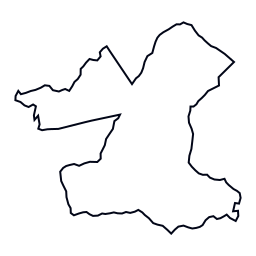 Mucambo, Ceará, Brazil (Equal Earth projection)
{"feature_id": "56859067B98065273797307", "entity_name": "Mucambo", "entity_type": "district", "adm_level": 2, "iso_a3": "BRA", "parent_name": "Brazil", "parent_adm1": "Ceará", "projection": "equal_earth", "projection_center": [-40.762, -3.894], "detail": "fine", "context": "isolated", "style": "outline", "palette": "ink", "viewbox_px": 256, "rotation_deg": 0, "n_neighbors": 0, "source": "geoboundaries", "source_scale": "gbopen_adm2", "svg_char_len": 2182}
<svg xmlns="http://www.w3.org/2000/svg" viewBox="0 0 256 256"><path d="M224.7,53.9L216.1,48.0L211.1,46.1L207.9,43.4L204.5,40.3L202.1,37.6L198.6,35.4L194.9,30.6L191.5,25.1L187.2,24.0L183.5,22.4L180.0,24.4L176.5,24.3L172.5,26.7L168.7,29.3L163.4,32.2L159.7,34.9L157.4,37.7L155.6,41.6L154.1,46.3L152.3,53.0L147.4,56.1L144.6,62.0L143.1,68.2L141.3,72.7L138.8,76.1L136.0,78.3L132.0,84.1L109.6,50.8L106.7,46.3L102.9,48.7L99.8,52.3L100.6,56.4L97.3,60.4L93.3,60.0L89.5,59.0L86.0,62.7L83.3,66.4L80.7,68.9L80.6,74.7L77.8,79.0L74.5,81.9L72.2,86.3L69.2,90.9L65.2,89.0L62.2,90.0L58.9,91.5L52.9,90.2L49.4,85.9L44.8,85.3L40.8,87.7L35.5,89.9L30.8,91.0L25.8,92.9L20.9,94.2L18.3,90.9L15.6,96.0L15.4,100.2L20.5,102.0L24.5,105.4L28.6,107.0L33.1,104.5L35.9,106.3L33.9,115.4L34.5,119.9L38.1,115.7L39.6,124.4L38.3,128.7L42.1,130.2L47.3,129.3L50.8,129.1L58.4,128.9L85.0,122.2L91.7,120.6L120.0,114.6L118.2,118.3L114.4,121.1L112.9,128.9L109.7,133.6L106.1,139.0L104.8,145.2L102.9,149.0L100.6,153.5L100.7,158.7L97.3,162.0L89.9,161.8L84.3,163.4L79.1,165.8L74.1,164.0L69.7,165.0L66.2,166.0L63.2,167.9L60.2,171.7L61.2,181.0L63.4,185.7L66.2,191.3L66.5,197.2L68.4,204.3L70.6,208.1L70.8,213.0L73.9,215.3L78.9,213.5L83.1,212.3L86.5,212.0L89.5,214.2L93.0,215.9L97.9,215.6L102.1,213.5L105.3,214.0L109.9,213.3L113.8,212.4L117.7,213.3L122.0,213.5L126.0,212.0L130.2,212.9L134.8,211.7L138.3,209.9L142.3,212.4L144.8,215.0L148.9,218.2L153.2,223.1L157.4,224.6L162.7,225.8L167.4,229.9L171.2,233.6L174.9,229.6L178.4,226.6L183.5,225.6L188.3,227.4L192.3,228.5L196.3,227.9L199.8,226.9L202.6,225.1L205.6,220.2L209.2,217.1L213.4,216.2L216.9,219.0L220.4,218.2L223.9,216.3L226.7,214.6L230.0,218.0L235.7,221.0L238.3,216.0L238.0,210.8L233.1,211.3L235.0,203.0L239.0,203.6L240.6,197.9L239.7,193.1L237.0,190.9L233.5,189.0L228.7,185.0L226.2,182.4L224.5,178.8L219.9,180.0L214.4,179.5L209.9,177.6L207.1,174.7L202.8,174.8L198.8,173.4L195.3,170.3L191.8,166.7L188.7,162.6L189.4,155.7L191.4,149.0L192.3,141.3L193.1,134.0L191.6,128.7L189.0,122.7L188.5,116.4L190.3,110.6L190.5,106.5L193.6,106.5L196.4,104.3L198.3,101.1L201.8,98.0L204.8,95.0L208.0,91.0L219.0,85.5L218.6,77.2L234.0,62.0L224.7,53.9Z" fill="none" stroke="#020617" stroke-width="2"/></svg>